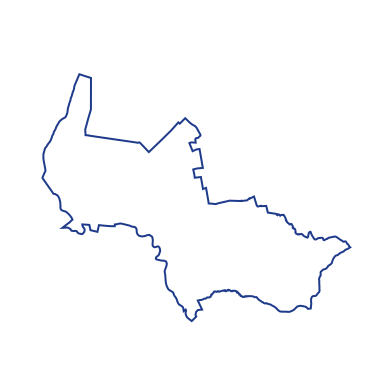 Feldioara, Brasov, Romania (Albers equal-area conic projection), rotated 168°
{"feature_id": "2599482B87521690287479", "entity_name": "Feldioara", "entity_type": "district", "adm_level": 2, "iso_a3": "ROU", "parent_name": "Romania", "parent_adm1": "Brasov", "projection": "albers", "projection_center": [25.526, 45.82], "detail": "fine", "context": "isolated", "style": "outline", "palette": "blue", "viewbox_px": 384, "rotation_deg": 168, "n_neighbors": 0, "source": "geoboundaries", "source_scale": "gbopen_adm2", "svg_char_len": 5881}
<svg xmlns="http://www.w3.org/2000/svg" viewBox="0 0 384 384"><g transform="rotate(168 192 192)"><path d="M327.8,219.0L326.2,218.4L324.2,216.5L323.7,215.4L323.1,213.1L323.0,209.5L323.5,205.9L324.0,204.0L323.9,202.5L323.7,201.9L323.3,201.3L322.5,200.7L319.6,199.1L318.3,197.6L316.4,194.7L315.8,193.3L315.3,192.4L314.7,189.8L317.3,188.3L318.3,187.5L319.0,187.4L326.2,183.9L321.1,183.1L318.6,181.1L318.3,179.7L317.9,179.2L315.9,178.4L314.0,178.2L313.3,177.9L312.8,177.4L312.3,175.9L311.8,175.4L311.3,175.0L308.5,173.7L307.9,173.7L306.0,175.1L305.3,176.1L304.8,177.7L305.0,178.7L305.8,180.2L306.0,180.9L306.2,182.0L306.0,183.1L299.3,181.2L299.2,177.4L299.3,175.8L292.8,172.7L289.9,178.9L279.6,175.7L274.7,174.6L274.2,176.3L272.8,176.1L270.5,176.2L268.8,176.1L267.7,175.8L260.2,172.2L257.8,170.5L256.4,170.2L255.0,169.4L254.1,168.0L254.0,166.9L254.4,164.0L254.4,163.4L253.9,161.6L252.9,160.3L251.7,159.5L249.9,158.9L247.2,158.7L244.5,159.1L242.6,158.9L240.5,156.8L240.2,155.6L240.3,153.2L241.5,148.9L241.6,148.0L241.5,147.3L240.7,146.1L239.9,145.7L236.6,145.9L236.0,145.5L235.5,144.8L235.2,142.4L235.5,140.7L237.3,137.7L237.9,137.0L240.3,135.9L241.2,134.8L241.2,134.1L240.5,133.3L236.2,131.3L233.5,130.6L232.5,129.9L231.8,129.4L231.5,127.4L232.2,125.3L235.0,120.7L235.3,119.8L235.4,119.1L235.3,117.6L236.4,109.1L236.4,107.3L236.4,106.2L235.8,103.2L235.3,101.8L234.6,100.8L231.9,98.3L231.3,97.4L231.0,95.2L230.8,94.1L230.0,92.6L229.4,90.9L228.9,86.9L228.5,85.7L228.2,84.9L227.4,84.0L225.9,82.7L224.8,81.0L224.7,80.1L224.9,77.2L222.7,78.3L222.4,77.5L223.3,75.3L223.6,74.2L223.2,71.3L222.4,69.7L219.1,65.8L213.7,69.3L214.2,70.9L212.9,73.9L210.7,75.3L206.6,74.9L208.9,84.6L206.8,84.7L205.5,84.5L203.9,84.6L202.2,85.1L201.2,84.9L200.4,85.0L199.2,85.7L197.0,85.3L195.8,85.5L195.2,86.4L194.7,86.7L194.5,87.6L193.5,87.7L193.0,88.5L192.0,88.9L191.7,89.1L191.3,89.8L191.1,90.0L189.9,89.9L188.9,89.2L188.6,89.2L187.6,89.6L186.8,89.2L186.4,88.8L186.0,89.1L184.0,88.9L182.6,89.2L181.8,88.9L181.5,89.1L180.3,89.2L180.1,89.0L180.5,88.5L180.0,88.0L179.5,88.1L179.1,87.9L178.5,88.4L177.6,88.2L177.4,88.6L176.8,88.3L176.4,88.6L175.8,88.1L175.4,88.1L175.1,87.5L174.0,86.7L173.3,86.9L173.1,86.6L172.5,86.8L171.7,86.8L171.3,86.5L170.6,86.5L169.3,85.6L169.0,85.5L168.8,85.4L168.8,84.8L169.0,84.5L168.9,84.2L168.5,84.0L167.9,84.2L167.6,83.9L167.6,83.3L167.3,83.0L167.1,81.8L166.9,81.7L166.3,81.7L166.0,80.9L166.0,80.2L165.1,79.9L164.6,79.1L164.1,78.7L163.4,78.9L162.4,78.5L162.1,78.7L161.4,78.6L161.3,79.0L160.7,78.9L160.2,78.4L159.5,78.6L158.5,78.3L157.6,78.3L154.1,77.3L152.6,76.1L150.9,75.8L150.5,75.4L149.8,73.8L149.5,73.5L148.9,72.5L147.5,71.2L146.9,70.4L145.6,69.4L145.2,68.8L144.1,67.9L142.7,67.6L142.4,67.8L141.0,66.8L138.4,65.5L137.4,64.4L135.7,63.1L133.8,61.0L133.4,60.3L133.3,59.9L131.5,57.5L130.6,56.8L128.0,56.0L126.2,55.7L122.6,54.7L121.1,54.5L117.6,55.3L116.6,55.7L113.0,58.0L112.0,58.2L109.7,58.2L105.4,56.5L104.0,55.4L103.0,53.8L102.5,53.5L100.0,53.4L99.5,55.2L98.5,58.1L98.3,60.0L97.7,62.8L97.4,63.3L96.3,64.6L95.6,64.9L94.6,65.0L93.3,64.7L92.0,64.9L90.6,66.2L88.5,67.7L87.7,69.1L87.6,70.2L86.8,74.1L86.6,75.9L85.9,79.0L85.8,80.5L85.2,81.7L84.3,82.9L83.9,83.1L83.7,83.4L83.3,84.4L83.0,86.4L82.6,87.2L79.9,88.8L77.3,89.0L76.4,89.4L75.2,90.3L74.4,91.1L73.7,91.6L71.7,92.3L70.9,92.8L69.9,93.6L68.6,96.1L67.2,97.8L65.9,99.1L65.1,99.6L64.1,100.0L62.7,100.0L59.5,101.6L56.2,102.3L54.1,103.5L50.9,104.2L48.7,105.0L49.5,106.2L50.2,108.3L51.0,109.2L51.5,110.8L51.9,111.6L52.6,111.9L53.9,111.8L54.5,112.1L55.6,113.4L57.4,115.0L58.6,116.5L60.7,118.5L61.8,118.8L67.7,118.8L68.4,118.7L69.3,118.1L69.8,118.2L72.7,117.4L73.2,117.6L73.3,117.9L73.5,119.1L73.8,119.9L74.5,120.3L78.3,120.6L80.3,119.9L81.4,119.9L82.0,120.4L83.3,123.5L83.8,125.3L84.2,127.1L84.2,127.9L84.3,128.3L84.6,128.5L85.0,128.4L85.9,128.0L86.3,127.5L87.9,123.9L88.2,123.6L88.7,123.4L90.8,124.9L91.9,125.9L92.8,127.5L93.8,128.3L94.7,128.1L95.9,128.3L95.8,128.5L96.0,128.6L96.7,128.3L97.1,128.4L97.2,128.7L97.9,128.9L98.2,129.3L98.7,129.5L99.3,131.0L98.9,131.8L99.0,132.3L98.8,133.2L98.9,134.1L99.3,134.6L100.2,135.1L100.2,135.7L100.7,135.6L100.9,135.8L100.9,136.1L100.7,136.6L100.6,137.8L101.3,140.0L101.6,140.2L102.8,139.9L103.3,140.0L103.3,140.4L105.2,142.5L105.3,143.4L105.6,143.7L105.9,144.2L106.0,145.0L105.7,145.1L106.0,147.1L106.1,147.3L106.7,149.7L107.0,149.9L107.2,150.6L108.1,150.8L108.7,150.7L109.4,151.0L110.1,150.9L110.7,150.5L111.0,151.1L111.4,151.5L111.5,151.8L112.3,151.9L113.3,151.5L113.5,151.7L113.0,152.5L115.9,153.8L117.4,154.3L122.1,156.1L122.3,162.9L127.4,163.8L127.5,164.2L130.7,164.1L131.2,164.8L131.5,165.5L132.3,174.7L137.2,173.4L137.3,173.8L139.8,172.4L144.5,172.8L145.4,173.2L145.6,172.9L157.0,175.7L169.1,175.5L171.2,175.2L175.1,176.5L178.1,177.3L177.9,179.4L177.4,193.1L180.6,192.6L180.2,204.8L186.3,205.4L186.1,209.6L186.1,213.8L182.3,214.0L176.4,213.3L175.7,232.5L179.0,232.7L182.9,231.8L184.4,240.4L183.6,240.6L182.0,240.6L178.2,239.5L178.1,240.4L177.9,240.8L178.0,242.4L177.8,243.0L176.6,243.9L175.3,243.6L174.3,243.9L173.3,244.8L172.7,244.9L172.0,245.5L171.8,246.2L174.2,254.0L175.1,255.6L178.0,258.2L179.8,260.4L183.3,265.6L189.8,261.4L190.9,262.9L199.5,256.6L211.1,249.2L225.9,240.0L232.2,250.3L233.2,251.5L235.1,251.4L235.6,251.8L236.2,252.0L266.3,263.1L281.6,268.8L281.6,269.0L284.3,269.7L283.5,275.2L277.6,286.6L274.0,293.2L273.6,294.3L267.1,324.5L277.7,330.6L285.0,320.1L286.3,316.7L287.8,314.6L289.8,310.7L291.0,309.0L291.5,307.9L291.7,307.2L293.0,305.2L295.1,301.3L296.0,299.5L297.5,295.3L299.5,292.3L300.4,291.4L303.9,290.3L306.8,288.7L308.9,286.4L309.4,286.0L310.0,285.2L310.9,284.3L312.5,281.8L314.6,279.5L315.7,277.3L316.8,276.4L317.1,275.9L317.9,274.3L319.6,271.8L320.6,270.7L322.9,268.8L325.0,266.6L326.6,265.4L329.4,260.1L330.1,257.2L330.5,254.8L330.8,243.8L331.1,242.8L332.1,241.7L334.8,237.8L335.2,237.2L335.3,236.6L327.8,219.0Z" fill="none" stroke="#1e3a8a" stroke-width="2"/></g></svg>